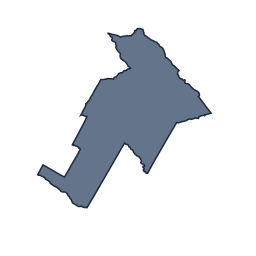 Ariquemes, Rondônia, Brazil, rotated 300°
{"feature_id": "56859067B41513078802850", "entity_name": "Ariquemes", "entity_type": "district", "adm_level": 2, "iso_a3": "BRA", "parent_name": "Brazil", "parent_adm1": "Rondônia", "projection": "equal_earth", "projection_center": [-62.902, -9.979], "detail": "fine", "context": "isolated", "style": "filled", "palette": "slate", "viewbox_px": 256, "rotation_deg": 300, "n_neighbors": 0, "source": "geoboundaries", "source_scale": "gbopen_adm2", "svg_char_len": 5550}
<svg xmlns="http://www.w3.org/2000/svg" viewBox="0 0 256 256"><g transform="rotate(300 128 128)"><path d="M220.8,91.6L220.5,90.9L220.3,89.5L220.0,88.4L219.7,87.9L219.3,87.6L219.1,87.0L218.8,86.5L217.9,86.2L216.7,86.4L216.3,86.1L216.1,85.5L215.6,85.1L215.1,85.3L214.5,86.0L214.1,86.0L213.4,85.6L212.7,85.4L212.1,85.3L211.4,85.2L210.4,84.7L209.6,84.8L209.1,83.8L208.7,83.1L207.8,82.7L207.6,81.1L206.8,80.5L206.3,79.6L205.6,78.6L204.5,77.3L203.1,76.4L203.0,75.8L202.9,74.7L202.9,73.1L202.4,71.1L202.0,69.9L201.5,68.2L201.2,67.7L200.9,65.9L200.2,63.4L199.7,63.6L199.8,65.1L199.4,66.0L198.6,66.8L198.4,67.5L198.7,68.4L198.4,69.0L198.0,69.4L197.5,69.6L196.3,69.8L195.8,70.2L195.6,71.0L195.6,72.1L195.9,73.4L195.9,74.4L195.6,74.7L194.3,75.6L194.0,76.0L193.5,77.1L192.8,77.0L192.2,76.9L191.7,77.2L191.2,77.8L190.7,78.6L189.8,80.4L189.1,82.3L188.6,84.1L188.0,84.5L187.1,84.8L186.4,85.1L185.2,86.1L184.8,86.6L184.5,87.3L184.4,88.0L184.0,92.1L183.8,92.9L183.2,94.6L182.8,95.4L182.4,95.9L181.6,97.1L181.4,97.6L181.4,98.5L181.3,99.4L181.0,100.3L180.4,100.2L180.1,99.5L179.3,98.7L178.7,98.2L177.9,97.8L177.4,97.8L176.6,97.4L175.8,95.9L175.2,95.9L172.8,95.2L172.3,94.6L172.1,93.8L171.2,93.4L170.7,92.9L170.1,92.6L169.0,92.7L168.1,92.5L166.9,92.4L166.2,92.2L165.8,91.5L164.8,90.8L163.9,90.8L163.4,91.0L162.9,90.8L162.7,90.2L162.7,89.6L162.4,88.7L162.0,88.1L161.5,87.6L161.3,87.0L161.1,86.3L160.1,85.1L159.2,84.5L158.3,83.0L157.8,82.6L157.1,81.9L156.8,80.9L156.4,80.3L155.1,80.2L153.8,80.4L150.1,80.4L149.2,80.2L147.7,80.3L146.1,80.2L143.4,80.3L141.9,80.3L141.2,80.4L140.1,80.4L138.3,80.4L137.4,80.3L136.7,80.4L135.0,80.4L134.5,80.3L133.9,80.5L132.6,80.5L131.6,80.3L130.9,79.9L130.4,80.2L129.8,80.2L129.2,79.8L128.6,79.7L127.9,79.3L127.4,80.0L126.6,79.9L126.0,80.3L120.5,80.5L119.9,80.3L119.4,80.6L115.5,80.7L116.0,81.0L116.3,81.7L116.5,82.7L116.8,84.5L117.2,86.8L109.9,87.3L105.8,87.5L102.5,87.6L97.7,87.8L95.0,87.9L85.5,88.2L85.6,89.3L86.2,89.2L86.3,90.4L86.2,91.4L86.6,92.3L86.7,93.4L86.6,94.2L86.5,94.9L85.9,95.3L86.1,96.2L85.8,97.3L81.7,97.5L53.7,97.5L53.6,92.1L53.6,87.1L53.6,82.4L53.6,72.8L42.3,73.2L42.4,74.1L42.8,75.0L43.1,75.9L43.3,76.4L43.1,77.0L43.2,78.2L43.5,78.9L43.4,79.7L43.4,80.5L43.1,81.0L42.6,81.7L42.4,82.2L42.6,83.2L42.4,84.1L42.6,84.8L42.4,85.7L42.3,86.7L42.1,87.3L41.3,88.2L41.0,88.8L41.3,89.3L41.0,90.3L41.0,91.3L40.9,92.5L40.7,93.8L41.0,94.5L41.0,95.5L40.9,96.3L40.8,97.3L40.6,98.7L40.3,100.0L40.0,100.9L39.7,101.4L39.7,102.4L39.9,103.2L40.2,104.0L40.6,104.6L41.0,105.3L41.1,105.9L41.2,106.7L40.8,107.6L40.5,108.5L40.0,109.0L39.4,110.0L39.3,110.8L39.0,111.7L38.4,112.4L38.0,113.0L37.8,114.1L37.6,114.7L37.0,115.4L36.4,115.9L36.3,116.6L35.8,117.0L35.4,117.5L35.4,118.2L35.4,119.3L35.3,120.0L35.3,120.8L35.4,121.7L35.2,122.7L35.2,123.7L35.4,124.3L35.5,124.9L35.9,125.4L36.3,126.0L36.6,126.5L37.1,126.7L37.0,127.4L36.8,127.9L37.0,128.6L37.3,129.3L37.3,130.0L37.7,130.5L38.1,131.3L38.4,132.3L53.5,132.5L64.0,132.5L64.9,132.5L76.0,132.5L107.6,132.5L112.0,132.5L113.4,132.7L113.0,133.8L112.9,134.7L113.3,135.4L113.4,136.4L112.9,137.3L112.2,138.2L112.2,139.0L112.3,139.7L111.5,140.3L111.1,141.2L111.0,141.8L111.2,142.4L111.1,143.4L110.6,144.0L110.1,144.5L109.8,145.1L109.5,145.6L109.3,146.4L109.0,147.0L108.6,147.6L108.6,148.5L108.3,149.3L108.5,150.4L108.5,151.0L108.4,151.8L108.4,152.6L107.9,153.3L107.7,154.1L107.3,154.5L107.0,155.1L106.5,155.8L106.0,156.1L105.4,156.4L104.5,156.3L104.0,157.3L104.1,158.5L104.4,160.1L103.6,161.3L103.2,161.5L102.7,161.2L102.4,160.2L101.6,160.3L101.3,161.1L101.1,161.9L100.5,162.4L100.0,162.8L99.4,162.2L99.0,162.6L98.6,163.4L98.2,164.0L98.7,164.9L98.4,165.8L97.9,166.3L98.3,166.9L98.5,167.6L111.0,167.3L131.2,167.3L146.6,167.3L157.2,167.4L157.6,169.0L158.7,170.0L159.5,170.7L161.1,172.3L161.6,172.9L162.7,173.9L163.3,174.5L163.8,175.0L164.3,175.3L164.8,175.3L165.3,175.5L165.7,175.9L166.1,176.2L166.4,176.8L166.8,177.4L167.1,177.8L167.2,178.6L167.7,179.0L168.2,179.5L168.8,180.1L169.3,180.6L170.3,181.2L170.7,181.9L170.9,182.5L171.2,183.6L171.6,184.2L172.2,184.2L173.5,183.8L174.4,184.7L175.1,185.3L176.4,186.7L177.1,187.5L177.0,188.3L177.5,188.4L177.9,188.1L182.3,192.6L182.7,191.9L185.6,184.7L188.4,178.2L189.8,174.9L190.5,173.2L191.5,173.7L192.8,173.1L193.4,172.5L193.8,172.0L194.0,171.2L194.4,170.6L194.5,169.7L194.4,168.7L194.4,168.0L194.3,166.9L194.5,165.1L194.7,164.2L194.9,163.2L195.2,162.1L195.4,161.4L195.6,160.8L196.1,159.8L196.3,159.2L196.2,158.4L196.3,157.4L196.0,156.7L195.6,156.2L195.4,155.3L195.6,154.6L196.6,154.1L197.5,153.8L198.1,153.3L197.9,152.7L197.2,152.5L196.9,152.0L197.1,151.2L197.4,150.8L197.5,150.1L197.1,149.2L197.0,148.2L197.2,147.7L197.4,147.1L197.6,146.4L198.3,146.0L198.8,145.6L199.2,144.5L199.4,143.8L200.0,143.8L200.9,143.4L201.4,143.1L201.9,143.0L202.6,143.4L203.3,143.4L203.6,142.3L203.7,141.1L204.2,139.9L204.1,139.1L204.5,138.6L204.8,137.4L205.0,136.5L204.9,135.8L205.0,135.0L205.3,134.4L205.6,133.8L206.2,133.2L206.6,132.4L207.1,131.9L207.3,131.2L207.3,130.5L207.5,129.8L207.8,128.6L207.9,127.9L208.1,126.9L208.0,125.7L208.2,124.9L208.9,124.1L209.8,123.6L210.4,123.3L210.9,122.7L211.5,121.9L211.9,121.5L212.5,120.9L213.1,120.1L213.6,119.5L214.2,118.5L214.6,117.4L214.7,116.3L214.6,115.2L215.0,114.0L215.9,112.9L216.0,111.3L216.2,110.7L216.6,110.1L216.3,109.1L216.2,108.2L216.3,107.3L216.0,105.4L216.0,104.4L215.8,103.6L216.1,102.4L216.2,101.7L216.2,101.0L216.2,100.1L216.4,99.3L216.6,98.5L216.6,97.5L216.5,96.7L216.7,96.0L217.1,94.9L217.7,94.4L218.3,94.5L218.6,93.7L219.2,93.1L219.8,92.8L220.2,92.0L220.8,91.6Z" fill="#64748b" stroke="#1e293b" stroke-width="1.5"/></g></svg>